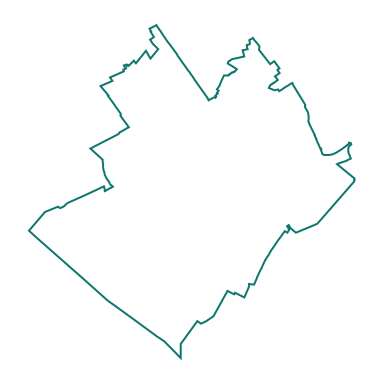 outline of Westland, Zuid-Holland, Netherlands, rotated 271°
{"feature_id": "6326949B68142534510044", "entity_name": "Westland", "entity_type": "district", "adm_level": 2, "iso_a3": "NLD", "parent_name": "Netherlands", "parent_adm1": "Zuid-Holland", "projection": "orthographic", "projection_center": [4.25, 52.001], "detail": "fine", "context": "isolated", "style": "outline", "palette": "teal", "viewbox_px": 384, "rotation_deg": 271, "n_neighbors": 0, "source": "geoboundaries", "source_scale": "gbopen_adm2", "svg_char_len": 5767}
<svg xmlns="http://www.w3.org/2000/svg" viewBox="0 0 384 384"><g transform="rotate(271 192 192)"><path d="M150.5,29.7L144.9,35.9L103.0,85.2L89.6,100.7L81.7,109.9L76.8,117.1L64.7,134.4L47.3,159.0L42.2,166.9L25.8,183.6L39.9,183.4L63.0,199.6L60.5,203.3L62.7,207.8L62.8,208.1L67.3,214.4L68.1,215.4L68.3,215.6L68.8,216.0L73.2,218.3L75.0,219.3L83.7,223.9L93.7,229.2L92.1,232.5L90.4,236.0L92.0,236.8L87.5,246.1L89.5,247.0L96.2,249.8L99.0,250.7L100.2,250.7L101.0,250.6L100.5,255.7L107.6,258.6L108.1,258.6L114.6,261.6L118.2,263.4L118.6,263.4L124.7,266.2L125.8,266.7L125.9,267.0L129.0,268.6L129.1,268.9L130.0,269.5L133.8,271.5L135.2,272.3L137.1,273.6L138.4,274.5L140.0,275.6L141.8,276.7L142.0,276.8L144.0,278.1L148.5,281.3L154.5,285.5L153.0,288.1L153.9,288.7L155.2,289.4L155.3,289.4L156.2,289.9L156.5,289.6L156.8,289.3L157.2,289.1L159.5,287.7L159.6,287.9L160.1,288.5L160.6,289.3L157.6,291.1L153.2,296.5L153.2,296.8L161.6,316.1L162.6,318.0L177.6,330.6L177.6,330.8L177.8,330.8L205.0,353.7L208.1,354.0L207.8,354.3L208.3,354.3L222.4,336.5L223.0,337.6L224.0,340.4L225.1,343.8L225.3,344.3L225.8,345.7L226.2,346.3L226.7,347.1L227.0,347.7L227.2,348.1L227.3,348.4L227.9,349.7L228.2,350.2L229.4,349.7L231.6,348.8L233.5,348.0L234.0,347.8L235.1,347.6L235.8,347.5L236.8,347.5L237.9,347.5L238.4,347.6L239.3,347.8L239.9,348.0L240.4,348.3L242.3,350.4L243.7,349.9L244.1,348.1L242.6,347.7L236.7,340.0L236.4,339.4L235.2,337.6L234.2,336.1L233.4,334.6L232.8,333.4L232.1,331.8L231.9,331.0L231.5,328.9L231.2,323.8L231.8,322.6L231.7,322.5L231.9,322.0L236.2,320.2L237.1,320.6L237.5,320.4L237.2,319.8L237.3,319.7L241.3,317.9L242.3,317.4L247.3,315.1L247.4,315.3L250.9,313.5L251.1,313.8L254.3,312.1L261.1,308.6L262.9,307.8L263.1,308.0L264.7,307.1L266.3,307.3L267.6,307.4L268.8,307.4L270.0,307.2L272.4,306.8L273.5,306.6L274.3,306.2L279.1,303.4L279.5,303.4L281.0,303.8L300.8,291.2L302.3,290.7L302.8,290.3L302.4,289.8L302.4,289.7L297.1,281.4L296.7,281.1L294.3,277.4L296.0,276.3L295.2,273.0L295.2,272.6L297.3,267.1L299.6,267.9L301.2,269.7L301.2,269.8L302.3,271.3L302.1,271.4L305.5,275.8L309.1,273.0L312.4,277.5L315.5,275.3L317.1,277.3L324.2,271.9L321.2,267.9L335.2,256.6L335.5,256.5L338.5,256.9L339.0,256.8L343.3,253.3L344.3,252.2L347.1,250.2L345.9,248.6L345.2,246.9L344.9,246.7L344.7,246.6L341.9,247.4L341.7,247.4L340.7,246.9L340.5,246.7L340.0,244.3L339.8,244.2L339.6,244.1L336.2,244.9L335.8,245.1L335.4,243.6L335.3,243.4L334.6,240.2L328.4,241.9L325.6,230.2L325.5,229.9L325.3,229.4L324.7,228.5L324.4,228.0L324.2,227.9L323.9,227.6L323.7,227.4L323.5,226.9L323.3,226.4L323.1,226.1L322.6,225.8L322.1,225.7L321.1,225.5L319.6,228.1L317.5,231.7L316.7,232.9L315.8,234.4L315.4,234.7L315.0,234.2L314.1,233.5L313.5,232.9L313.5,232.7L313.3,232.5L313.2,232.5L312.8,232.2L312.7,232.1L312.9,231.6L312.1,230.7L312.4,230.1L311.8,229.3L311.6,229.3L311.1,228.4L310.8,228.4L310.1,226.8L309.2,226.8L309.1,225.9L309.1,222.0L303.7,219.5L303.0,219.2L301.0,218.5L300.2,218.2L299.4,217.9L298.7,217.5L298.4,217.4L297.9,217.2L296.5,216.1L295.1,215.1L293.8,216.8L291.4,215.1L290.8,215.9L288.7,213.7L287.8,214.5L286.7,213.9L287.3,213.2L286.7,211.9L285.5,209.6L284.3,207.4L284.0,207.1L284.9,206.5L285.8,206.1L286.3,205.8L287.9,204.7L300.1,195.7L303.4,193.3L304.4,192.5L305.0,192.2L306.0,191.5L306.5,191.2L308.3,190.0L308.9,189.4L309.4,189.0L309.9,188.7L310.2,188.5L310.6,188.2L311.1,187.9L311.7,187.5L314.7,185.0L315.1,184.8L315.7,184.4L316.3,184.0L317.4,183.1L321.7,179.9L326.4,176.5L327.1,175.9L327.4,175.6L327.7,175.4L328.6,175.0L329.0,174.9L329.7,174.4L330.5,173.8L331.6,173.0L332.9,171.8L334.5,170.8L337.2,168.7L338.6,167.6L340.1,166.4L342.8,164.2L345.8,162.2L347.4,161.0L349.6,159.6L350.6,158.8L351.3,158.4L356.2,154.8L358.2,153.5L354.5,146.7L351.8,148.3L351.5,147.9L346.2,151.2L343.6,147.5L339.5,150.2L334.3,155.7L325.1,148.5L324.7,148.1L332.4,143.5L320.1,134.0L319.7,133.7L321.7,132.0L322.3,131.6L318.4,127.8L317.1,126.6L317.9,125.8L317.5,125.3L316.9,124.8L318.3,124.2L318.2,123.9L317.8,122.9L317.3,121.7L316.0,122.5L315.1,123.2L314.6,123.4L314.3,123.7L313.2,121.2L311.5,121.8L311.4,121.7L309.9,118.4L308.0,114.4L305.4,108.6L305.0,108.0L304.3,108.6L301.7,110.5L300.4,107.7L298.1,102.7L297.0,100.1L296.3,98.7L292.6,101.9L291.2,103.2L288.1,105.9L288.0,106.0L287.6,106.3L287.6,106.2L287.1,106.0L286.0,106.8L280.1,111.3L276.7,113.7L273.2,116.3L268.9,119.4L268.4,119.4L267.9,119.4L267.2,119.5L267.0,119.2L265.3,120.4L264.6,120.9L262.1,122.8L261.9,122.9L259.7,124.7L259.5,124.8L257.5,126.3L255.6,127.7L255.4,127.3L255.0,126.5L254.5,125.6L253.6,124.2L253.0,123.1L251.7,121.1L251.0,119.8L250.7,119.4L250.3,118.6L250.2,118.4L249.9,118.1L249.6,118.1L249.4,118.1L249.2,117.9L248.8,117.6L248.1,116.5L246.8,114.0L246.2,113.0L245.4,111.5L244.5,109.8L244.3,109.5L243.8,108.4L243.2,107.4L242.1,105.3L241.9,104.8L241.8,104.6L241.7,104.4L241.4,104.0L240.8,103.0L240.6,102.7L240.3,101.8L239.8,101.0L237.0,95.9L236.5,94.7L235.7,93.3L235.0,92.2L234.4,91.1L234.0,90.4L234.0,90.1L233.7,89.6L233.0,90.5L232.1,91.5L222.7,102.1L221.5,102.1L221.0,102.1L220.6,102.2L219.9,102.3L219.3,102.5L218.1,102.6L216.4,102.6L215.3,102.7L214.5,102.8L214.1,102.9L213.6,102.9L211.7,103.4L210.8,103.8L210.3,104.0L208.8,104.2L208.5,104.3L207.4,104.6L207.2,104.7L206.6,105.1L205.6,105.5L204.7,106.0L204.0,106.3L203.7,106.5L203.3,106.9L202.7,107.3L202.3,107.7L201.2,108.5L200.5,108.9L200.2,109.1L199.5,109.4L198.4,109.9L198.0,110.3L197.3,111.3L196.6,112.2L195.9,112.8L193.0,107.6L191.8,105.7L191.4,104.8L192.1,104.7L192.6,104.6L193.3,104.6L193.7,104.5L194.1,104.4L196.1,103.8L193.5,98.6L184.5,80.1L183.9,78.7L182.3,75.2L180.5,71.4L179.8,69.8L179.1,68.4L178.4,67.2L177.8,66.5L177.0,65.7L175.9,64.8L174.8,63.2L174.7,63.0L174.2,61.8L173.6,60.6L174.3,59.0L175.0,58.4L173.5,54.8L171.7,50.6L170.3,47.3L169.4,45.3L150.5,29.7Z" fill="none" stroke="#0f766e" stroke-width="2"/></g></svg>